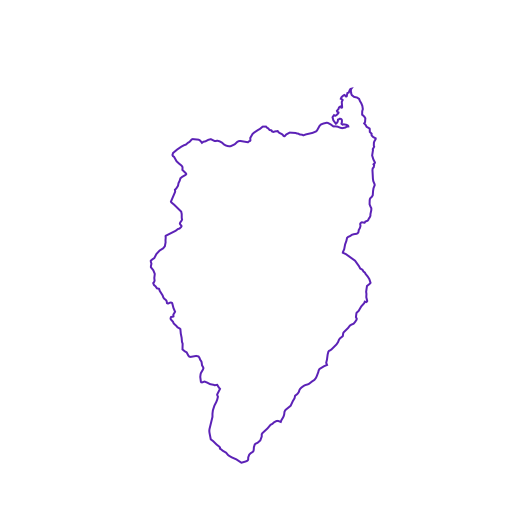 outline of Abriaquí, Antioquia, Colombia, rotated 26°
{"feature_id": "7082276B50161152068200", "entity_name": "Abriaquí", "entity_type": "district", "adm_level": 2, "iso_a3": "COL", "parent_name": "Colombia", "parent_adm1": "Antioquia", "projection": "robinson", "projection_center": [-76.083, 6.629], "detail": "fine", "context": "isolated", "style": "outline", "palette": "violet", "viewbox_px": 512, "rotation_deg": 26, "n_neighbors": 0, "source": "geoboundaries", "source_scale": "gbopen_adm2", "svg_char_len": 6083}
<svg xmlns="http://www.w3.org/2000/svg" viewBox="0 0 512 512"><g transform="rotate(26 256 256)"><path d="M370.7,229.9L368.0,227.1L365.6,225.6L362.2,224.0L361.2,223.2L359.3,222.8L358.1,221.9L356.9,221.6L355.2,221.6L353.0,220.0L347.1,216.8L335.9,214.9L332.6,215.0L332.4,214.5L332.3,211.3L331.0,206.5L330.6,202.8L329.9,199.8L330.4,198.5L332.0,196.6L332.8,195.0L334.4,193.5L336.7,191.9L337.4,191.0L337.6,189.5L337.0,187.8L337.1,185.1L336.7,183.1L335.6,181.6L335.6,180.7L336.0,179.7L336.4,179.3L339.0,178.5L339.2,177.1L340.8,175.4L341.1,174.2L341.0,172.7L341.3,171.6L341.2,169.7L340.5,168.2L339.5,164.2L338.7,162.5L337.2,161.4L335.4,159.7L333.8,156.2L333.4,154.9L333.4,154.0L334.2,151.8L334.3,150.2L332.7,146.2L331.9,143.6L331.6,140.2L331.0,139.4L328.6,137.3L327.2,135.3L323.1,127.9L322.6,126.5L322.5,126.0L322.9,124.7L322.3,122.4L321.4,122.1L321.4,121.8L322.0,120.5L321.9,119.8L319.1,117.7L316.3,114.7L314.7,109.5L314.1,108.8L314.3,106.0L313.6,105.3L312.3,102.5L312.1,101.2L312.3,98.6L312.0,97.8L309.1,97.7L307.2,97.0L306.7,96.5L306.3,95.4L303.9,94.6L302.5,91.9L302.1,91.6L298.8,91.4L296.8,90.0L295.1,89.4L295.3,87.8L293.9,84.3L292.5,83.4L290.7,82.7L289.9,82.7L289.3,82.2L288.0,79.3L287.6,77.1L285.8,74.5L283.7,72.6L281.4,71.1L279.8,69.6L277.3,69.3L274.4,70.0L271.6,69.4L270.3,68.2L269.8,67.3L269.2,66.7L268.4,64.9L268.3,64.4L268.4,63.8L267.7,64.4L267.5,65.8L267.7,68.4L266.7,69.5L267.5,72.7L267.2,73.1L266.7,73.2L265.3,72.5L264.8,72.5L263.9,74.0L263.2,75.9L263.3,77.5L265.1,77.6L265.5,77.8L265.5,79.6L265.8,80.4L268.2,84.5L268.1,85.1L267.6,85.3L266.8,84.5L266.4,84.5L265.7,85.5L265.5,86.3L265.7,87.7L265.1,90.1L265.7,90.7L267.2,90.8L267.4,91.7L266.6,94.0L265.9,95.1L265.4,95.3L264.4,95.2L264.0,97.1L264.0,97.8L266.1,100.2L269.8,102.1L270.1,101.7L270.5,100.0L270.4,98.9L269.9,97.5L270.7,96.6L271.2,95.8L272.6,95.6L273.3,95.9L273.8,96.5L274.6,98.2L274.7,99.4L274.9,99.7L276.3,100.0L277.1,99.2L279.9,98.4L281.5,98.5L282.0,98.8L282.2,99.1L280.7,100.1L280.1,101.3L277.5,103.3L276.0,103.7L272.6,104.0L270.2,104.8L269.3,105.4L268.6,105.6L265.5,105.0L262.3,104.9L261.2,105.2L258.6,107.3L256.8,109.2L256.1,111.1L255.8,116.5L255.3,117.8L252.8,120.6L247.7,124.7L245.6,126.8L244.3,126.8L242.0,127.6L240.2,127.5L239.3,127.9L237.6,128.1L232.2,130.3L229.9,133.5L229.3,135.6L228.9,136.0L228.1,136.0L227.0,135.4L225.8,135.1L223.1,135.1L221.8,134.8L220.8,134.2L220.4,134.3L220.0,134.8L218.7,135.5L217.2,136.9L215.6,137.0L215.2,136.5L214.7,136.3L213.0,136.8L210.9,135.9L209.8,135.9L208.2,135.3L205.3,136.8L203.8,140.1L202.6,141.8L200.2,145.9L199.4,147.8L199.1,152.4L200.3,154.6L200.2,155.2L199.4,156.1L198.9,157.3L191.4,159.5L190.3,160.2L189.2,161.5L188.0,164.7L187.3,165.7L185.2,168.3L184.4,168.9L182.4,169.6L180.3,169.9L178.4,169.8L175.7,169.0L172.9,168.9L170.5,169.4L169.5,170.3L168.3,170.8L164.2,170.8L162.2,172.5L160.3,175.1L158.6,176.4L157.8,178.0L156.3,177.2L154.5,176.6L153.2,176.7L147.8,178.7L147.1,179.5L146.5,181.7L146.1,182.8L145.3,183.9L144.1,186.7L142.9,187.8L141.0,190.4L138.5,194.8L136.3,199.7L136.6,201.8L137.5,202.6L138.9,202.8L143.1,205.7L146.4,206.7L149.1,207.3L150.5,207.9L151.3,208.9L152.1,210.9L156.4,212.3L157.1,212.6L157.4,213.0L157.2,213.9L154.9,217.3L154.0,219.3L154.4,221.8L154.4,224.5L155.0,226.6L155.1,227.4L154.7,230.5L154.1,232.0L155.0,233.3L155.2,234.1L155.7,244.4L156.3,244.9L160.0,245.8L169.3,248.9L170.8,250.8L172.6,254.4L173.6,255.7L173.6,256.9L173.2,259.2L173.4,260.3L174.0,260.8L175.7,261.5L176.0,261.9L176.0,262.8L175.2,264.9L174.0,266.0L172.7,268.6L166.0,277.4L166.0,277.8L166.9,279.3L167.7,281.4L168.8,283.5L169.8,287.2L169.2,289.8L167.0,293.3L165.6,297.9L165.5,302.5L164.4,304.3L163.5,306.3L164.0,307.3L165.4,308.8L166.0,311.2L166.5,312.2L169.9,313.8L172.7,316.3L173.0,316.8L174.2,320.3L175.7,322.7L175.8,324.2L175.5,325.4L177.0,326.8L179.0,327.3L181.1,328.5L183.2,328.0L183.6,328.3L184.7,329.5L189.4,332.4L190.9,333.9L192.2,334.6L194.1,335.0L195.3,335.6L196.7,337.4L197.4,337.4L198.0,337.1L199.0,335.8L199.9,335.1L201.1,335.0L201.5,335.3L204.6,338.9L207.7,341.6L207.4,344.9L208.3,346.5L207.9,347.0L206.4,348.0L206.4,348.8L206.7,349.8L207.2,350.3L210.2,351.5L211.6,352.7L215.2,353.8L216.7,354.5L219.2,354.6L220.1,354.9L222.4,358.7L225.0,362.1L227.1,365.6L228.5,367.0L230.9,372.2L233.8,372.9L235.9,373.0L238.9,375.2L240.2,375.7L241.4,375.4L246.1,372.0L248.4,371.5L249.8,372.3L251.3,373.7L253.2,374.8L254.0,375.8L255.4,377.9L257.3,379.2L257.9,379.8L258.1,381.3L257.8,385.3L258.0,386.5L258.9,389.1L261.6,393.2L262.1,393.5L262.9,393.3L264.8,391.4L267.5,391.2L270.9,391.3L274.6,390.3L275.5,390.3L277.6,388.8L280.1,390.4L281.9,391.2L281.8,397.3L281.9,397.8L283.5,399.2L284.1,402.2L284.3,404.7L284.2,408.6L284.9,413.6L286.0,416.8L287.4,419.7L290.1,432.1L290.7,433.7L291.7,435.3L295.7,440.6L298.7,441.2L303.1,442.7L306.7,443.5L307.6,443.9L307.8,444.6L308.1,445.0L309.5,445.1L311.4,445.6L315.4,445.9L318.0,447.1L319.5,447.4L322.6,447.6L327.5,447.4L333.5,448.2L336.8,445.2L337.9,443.9L338.2,443.1L338.2,442.4L337.3,440.4L337.0,437.5L337.6,435.7L339.0,433.4L339.2,432.3L338.9,431.2L337.9,428.7L337.5,425.9L337.9,424.9L339.3,423.2L340.7,419.9L340.3,415.8L339.3,413.7L339.4,412.4L341.9,406.0L343.1,401.3L344.3,399.7L345.1,397.6L346.7,395.4L347.6,394.8L348.5,394.5L351.0,394.3L350.8,392.5L351.1,389.3L351.1,388.0L350.8,386.1L349.9,383.5L349.9,382.1L350.1,381.2L352.8,375.4L352.7,370.3L353.0,367.0L352.4,364.4L353.5,362.3L353.9,360.9L354.1,359.2L353.8,357.6L353.9,356.1L354.5,354.3L355.9,351.7L356.9,350.4L358.8,348.7L359.7,347.6L361.4,344.1L362.8,341.8L363.3,339.4L363.3,337.7L362.9,333.2L362.5,331.3L362.6,329.7L365.5,325.2L367.6,322.8L365.9,321.2L365.2,318.0L363.6,313.2L363.0,310.3L363.2,309.3L364.2,308.0L364.8,306.8L367.1,300.2L367.5,297.4L367.3,295.1L367.4,294.2L367.6,293.2L369.0,290.3L369.1,289.8L368.2,287.1L368.3,286.0L370.3,280.4L370.9,277.4L371.8,275.9L373.4,274.1L374.0,271.7L374.3,269.2L374.1,268.3L372.6,267.1L371.5,263.9L371.3,262.9L372.3,260.4L372.7,255.2L373.9,251.0L373.8,249.3L375.3,249.1L375.7,248.3L375.7,247.7L373.2,244.7L371.9,241.7L370.7,239.9L369.8,237.2L368.9,234.3L370.3,231.4L370.7,229.9Z" fill="none" stroke="#5b21b6" stroke-width="2"/></g></svg>